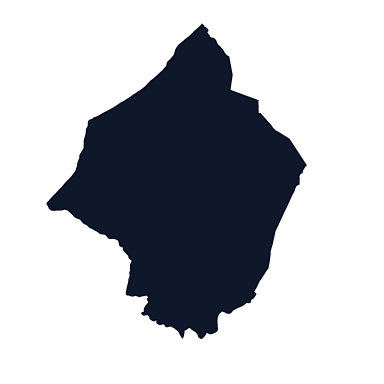 outline of La Ceiba, Atlántida, Honduras, rotated 319°
{"feature_id": "27666195B56820248384798", "entity_name": "La Ceiba", "entity_type": "district", "adm_level": 2, "iso_a3": "HND", "parent_name": "Honduras", "parent_adm1": "Atlántida", "projection": "robinson", "projection_center": [-86.825, 15.67], "detail": "fine", "context": "isolated", "style": "filled", "palette": "ink", "viewbox_px": 384, "rotation_deg": 319, "n_neighbors": 0, "source": "geoboundaries", "source_scale": "gbopen_adm2", "svg_char_len": 5824}
<svg xmlns="http://www.w3.org/2000/svg" viewBox="0 0 384 384"><g transform="rotate(319 192 192)"><path d="M309.4,72.2L308.8,72.4L307.7,72.5L303.3,72.7L299.4,72.6L298.2,72.7L296.1,73.0L292.1,73.1L290.9,73.1L286.4,72.8L284.5,72.9L280.1,72.7L278.1,72.8L275.3,73.4L273.3,74.1L268.9,77.0L266.8,77.5L263.2,78.0L258.9,78.3L258.2,78.5L257.1,79.5L256.2,80.1L254.7,80.7L253.5,80.9L249.4,81.4L240.2,81.7L235.5,81.6L233.7,81.4L231.9,81.6L230.5,81.6L228.2,82.0L225.3,82.2L219.3,81.8L216.9,81.3L214.1,81.1L211.3,80.5L208.1,80.4L207.2,80.2L205.6,80.0L203.0,79.6L201.3,79.5L197.2,78.5L194.6,78.1L191.5,77.8L186.5,77.0L184.6,76.4L184.2,76.5L183.4,76.3L181.3,75.8L179.1,75.3L177.9,74.9L176.7,74.7L169.2,73.1L167.6,72.5L166.8,71.9L166.3,71.9L165.7,72.1L165.3,72.1L164.4,71.9L162.2,71.0L161.5,70.9L160.9,70.9L160.2,71.1L159.7,71.7L158.9,72.3L157.7,73.9L156.5,74.6L154.1,75.4L153.7,75.7L152.8,76.4L152.1,77.3L151.6,77.7L149.8,79.2L147.4,80.8L145.9,81.7L144.1,83.1L143.4,84.1L141.7,85.8L140.1,87.7L139.5,88.2L138.2,88.9L135.5,89.6L134.6,90.0L132.6,90.5L131.8,90.9L131.1,91.4L130.7,91.8L130.3,92.4L129.3,93.3L127.9,93.8L127.1,94.4L125.5,95.1L124.1,96.1L123.6,96.8L122.1,97.9L120.3,98.8L118.7,100.0L116.6,100.6L114.3,101.0L111.6,101.7L109.6,101.8L108.0,102.1L105.5,102.2L102.4,102.5L97.1,103.4L94.5,103.5L91.4,103.9L89.8,103.9L89.0,104.2L86.2,104.3L83.0,104.6L82.2,104.7L79.1,105.1L76.2,105.4L75.7,105.5L74.9,106.0L74.7,108.0L73.8,110.8L74.0,112.4L74.2,113.1L75.7,114.9L76.5,115.6L78.2,116.6L78.8,117.3L81.1,119.1L82.7,120.3L83.9,120.7L84.7,121.2L85.8,122.5L86.4,123.4L86.8,125.1L87.0,126.7L87.1,127.9L87.5,130.2L87.4,132.2L87.6,134.2L88.3,136.0L89.5,137.9L90.1,139.3L90.1,140.1L90.0,141.4L90.0,144.4L90.2,145.2L91.1,146.9L91.6,148.1L91.6,150.0L91.9,151.8L93.4,154.9L93.5,155.6L94.2,157.6L94.6,158.6L95.2,160.3L95.6,162.4L95.8,163.3L96.3,163.9L98.7,166.5L98.9,166.9L99.2,169.1L99.1,171.6L99.3,172.7L99.5,172.9L101.3,174.3L102.1,174.9L102.5,175.3L103.7,177.0L104.1,177.7L104.7,179.1L104.9,180.1L104.9,180.6L104.8,181.1L104.2,182.0L104.0,182.6L102.9,184.5L102.6,185.4L102.7,185.8L104.0,187.9L104.1,188.5L103.9,189.1L102.7,190.6L102.4,191.6L102.4,193.2L102.6,194.6L102.5,195.3L102.7,197.7L102.8,198.5L102.7,198.7L101.9,199.8L101.6,200.4L101.7,201.8L102.1,203.6L102.1,204.3L102.0,204.7L101.4,205.2L98.6,206.4L97.7,207.1L95.9,209.1L95.6,209.7L94.7,210.9L93.5,211.6L92.2,212.3L91.1,214.0L90.3,215.0L89.3,215.6L86.9,216.9L85.7,218.2L84.6,219.1L80.6,221.8L79.2,223.0L77.1,224.5L75.9,225.8L75.6,226.4L75.6,226.8L75.8,227.1L77.4,228.9L77.7,229.6L78.7,231.1L79.6,231.8L81.4,232.5L81.9,232.9L83.5,235.7L83.9,236.4L86.1,237.3L89.0,239.1L89.4,239.3L89.9,239.2L90.2,239.3L90.4,239.7L90.4,240.5L90.7,241.5L90.7,241.8L90.3,242.8L90.1,243.8L90.0,244.1L89.7,244.3L89.4,244.3L89.0,243.8L88.7,243.6L88.2,243.8L87.8,244.4L87.9,245.5L87.7,246.1L87.2,246.7L86.5,247.2L86.0,247.4L82.8,247.9L79.9,248.8L79.0,249.6L78.0,251.0L77.3,251.5L77.0,251.5L76.3,251.2L75.0,250.5L74.7,250.6L74.6,250.9L74.6,252.2L74.8,252.8L75.0,253.1L76.3,254.0L77.3,254.6L78.3,255.3L78.5,255.7L78.6,256.3L78.4,257.9L78.6,258.8L78.4,259.0L77.7,259.6L77.5,259.9L77.4,260.3L77.6,261.1L78.3,263.3L78.8,264.0L79.2,264.3L79.6,264.4L81.2,264.5L81.4,264.6L81.5,264.8L81.5,265.5L81.4,266.2L81.0,266.7L80.0,267.5L79.9,267.8L79.9,268.3L80.3,269.0L80.4,269.8L80.5,270.2L80.9,270.7L81.4,271.2L81.9,271.4L83.4,271.9L84.0,272.5L84.4,273.2L84.6,274.0L84.6,274.5L84.3,275.8L84.4,276.3L84.5,276.6L84.9,277.1L85.3,277.5L87.3,278.2L88.1,279.0L88.7,280.1L89.9,283.0L90.0,283.4L90.0,284.5L90.6,286.3L90.6,289.4L90.5,290.0L89.9,291.6L89.8,292.9L89.3,295.2L89.4,295.6L91.0,294.7L91.9,294.0L93.9,292.3L95.2,291.0L95.7,291.0L97.1,291.6L99.8,291.8L101.0,292.1L101.6,292.3L101.9,292.6L102.1,293.2L101.9,294.6L102.4,296.2L102.6,297.5L103.2,299.2L103.5,300.7L103.4,303.2L103.2,303.9L102.4,305.3L102.3,305.9L102.4,306.6L102.5,307.3L102.8,308.0L103.1,308.6L103.3,308.7L103.9,308.7L107.0,308.5L108.0,308.2L110.5,307.3L111.1,307.3L111.3,307.5L111.6,307.9L112.4,310.1L113.2,311.0L114.6,311.8L117.9,312.8L118.8,312.9L119.7,312.9L120.3,312.6L120.9,312.3L121.3,311.9L122.8,309.5L123.8,308.6L125.2,306.5L126.2,305.3L127.3,304.2L128.7,303.0L131.4,301.5L132.3,301.1L134.2,301.2L135.9,301.1L136.3,301.2L136.7,301.4L137.4,302.2L138.5,304.3L138.7,304.7L138.7,305.5L138.9,305.8L140.4,307.6L141.6,308.2L142.8,308.2L145.3,307.7L150.1,308.7L154.4,310.2L156.6,310.7L157.3,310.8L158.9,310.7L160.4,310.9L160.8,311.1L161.5,311.6L162.4,312.7L163.5,313.1L164.3,312.7L165.6,311.6L167.3,311.7L168.5,312.0L168.9,312.0L170.2,311.6L172.1,311.2L173.1,310.7L173.2,309.9L172.7,308.3L172.7,307.9L173.0,307.6L179.2,305.3L184.8,302.8L186.2,302.7L195.3,300.0L199.4,299.0L204.7,294.8L210.1,290.0L211.6,288.0L218.0,283.9L229.3,275.5L235.1,273.1L247.7,267.4L254.5,264.5L262.6,260.8L265.5,259.5L269.3,258.1L273.1,255.9L273.9,255.5L275.4,255.4L278.0,256.0L278.7,255.0L280.1,253.7L280.7,252.6L281.8,251.9L282.0,251.5L282.0,251.1L282.2,250.7L282.9,250.1L283.9,249.6L285.7,249.0L287.2,249.3L288.0,249.3L288.3,249.1L288.9,248.3L289.5,248.0L293.9,246.6L295.1,246.4L295.6,246.5L299.8,215.8L295.8,202.8L294.9,200.6L294.6,197.6L294.6,196.3L295.0,193.7L294.8,177.7L293.7,176.9L293.6,176.6L293.5,176.3L293.8,175.4L295.4,173.5L296.3,172.3L297.9,170.7L298.8,169.3L300.6,167.1L301.6,166.3L287.1,140.0L298.9,129.9L308.2,114.1L308.0,113.7L307.6,112.3L307.3,111.2L307.3,110.4L307.4,108.4L307.6,107.4L308.1,105.2L308.2,104.6L307.9,102.4L308.1,101.6L308.0,100.0L307.7,98.1L307.7,97.4L308.2,95.5L309.0,93.3L309.1,91.4L308.9,90.5L308.4,89.7L307.0,88.1L306.9,87.7L306.9,86.3L307.1,85.7L307.5,84.8L307.4,84.5L307.1,83.5L307.2,83.1L307.6,82.6L307.6,80.9L307.8,80.7L308.2,80.6L309.5,80.6L309.9,80.4L310.1,79.8L310.2,78.5L310.1,78.2L309.6,76.2L309.4,75.7L309.2,75.6L309.1,75.2L309.1,74.7L309.7,74.2L309.8,74.0L309.5,73.1L309.4,72.2Z" fill="#0f172a" stroke="#020617" stroke-width="1.5"/></g></svg>